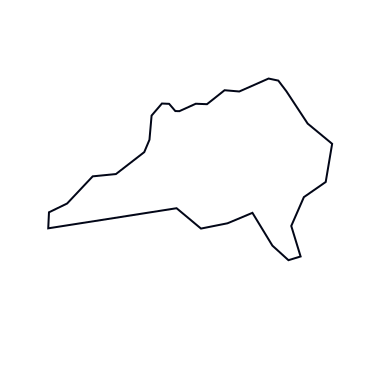 the border of Barnsley, rotated 343°
{"feature_id": "GBR-5688", "entity_name": "Barnsley", "entity_type": "Metropolitan Borough", "adm_level": 1, "iso_a3": "GBR", "parent_name": "United Kingdom", "parent_adm1": "", "projection": "orthographic", "projection_center": [-1.511, 53.509], "detail": "fine", "context": "isolated", "style": "outline", "palette": "ink", "viewbox_px": 384, "rotation_deg": 343, "n_neighbors": 0, "source": "natural_earth", "source_scale": "10m", "svg_char_len": 546}
<svg xmlns="http://www.w3.org/2000/svg" viewBox="0 0 384 384"><g transform="rotate(343 192 192)"><path d="M216.8,232.3L189.9,229.6L172.5,203.0L43.9,184.7L49.3,169.6L69.2,166.5L101.6,148.0L124.5,152.6L158.0,139.9L166.6,129.6L175.7,107.1L189.1,98.6L195.9,101.0L199.7,109.7L203.5,111.0L221.4,108.7L232.0,112.4L252.9,104.2L266.6,109.7L298.4,105.9L307.1,110.7L311.7,123.2L322.6,160.4L340.1,186.9L322.8,221.5L297.5,229.6L277.0,253.5L277.0,285.4L264.3,285.4L253.2,266.8L243.7,229.6L216.8,232.3Z" fill="none" stroke="#020617" stroke-width="2"/></g></svg>